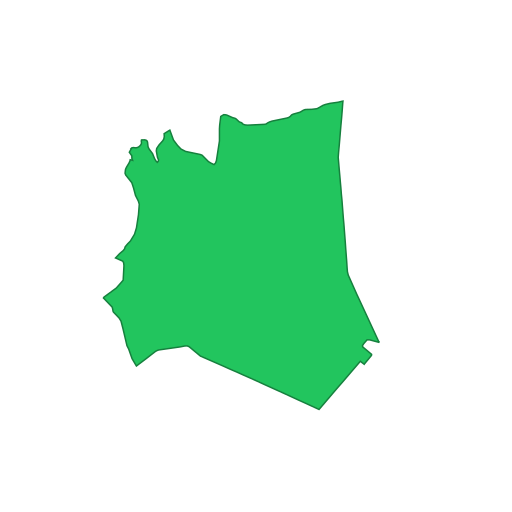 outline of Al-Anbar, rotated 234°
{"feature_id": "IRQ-3471", "entity_name": "Al-Anbar", "entity_type": "Province", "adm_level": 1, "iso_a3": "IRQ", "parent_name": "Iraq", "parent_adm1": "", "projection": "albers", "projection_center": [42.195, 32.855], "detail": "fine", "context": "isolated", "style": "filled", "palette": "green", "viewbox_px": 512, "rotation_deg": 234, "n_neighbors": 0, "source": "natural_earth", "source_scale": "10m", "svg_char_len": 2875}
<svg xmlns="http://www.w3.org/2000/svg" viewBox="0 0 512 512"><g transform="rotate(234 256 256)"><path d="M166.1,315.1L161.4,314.2L149.7,311.9L138.0,309.6L126.4,307.3L114.7,305.0L114.4,305.1L114.2,305.1L114.0,304.6L121.3,298.7L122.9,296.6L121.8,291.8L121.0,289.6L119.8,288.9L108.5,291.7L107.9,291.3L107.5,290.3L104.9,280.1L104.8,279.9L109.5,278.5L106.0,263.8L103.5,253.4L101.2,243.4L99.4,235.9L97.2,226.8L94.8,216.8L101.4,213.1L108.0,209.4L114.5,205.7L121.1,202.0L127.7,198.3L134.2,194.6L140.7,190.9L147.2,187.2L153.8,183.5L160.3,179.8L166.8,176.0L173.3,172.3L177.5,169.8L179.7,168.5L186.2,164.8L192.7,161.0L199.2,157.2L207.7,152.2L221.9,148.6L223.7,147.5L225.0,145.6L227.1,141.1L237.2,122.0L237.7,120.2L237.9,118.4L237.5,106.2L237.3,94.6L238.5,94.7L245.8,95.4L255.5,98.3L259.3,98.9L275.0,105.5L282.6,108.5L286.3,108.8L294.4,107.7L295.4,107.9L297.4,108.9L299.2,109.6L311.7,107.9L312.1,108.9L312.2,124.2L314.5,134.3L325.8,143.5L328.3,144.9L330.1,145.2L337.0,141.2L338.1,147.1L338.4,151.5L338.9,153.6L340.4,155.7L341.3,159.4L341.9,163.1L345.0,170.5L349.0,175.8L358.4,185.1L366.5,192.0L369.6,193.1L375.8,194.1L383.0,196.9L388.3,198.6L398.1,198.2L399.9,198.7L401.9,200.5L402.9,201.5L404.0,203.5L405.9,208.0L407.2,210.2L407.8,210.8L405.9,212.4L408.0,213.0L410.0,214.4L414.4,214.5L416.2,218.4L416.4,218.3L416.4,218.6L416.5,219.0L415.9,220.4L414.1,222.4L413.5,223.8L413.2,225.1L413.3,226.6L413.6,228.0L414.2,229.2L414.9,229.9L416.5,230.8L417.2,231.6L415.5,234.1L414.4,235.1L413.2,235.5L411.9,235.2L408.1,233.0L406.7,232.6L405.2,232.4L399.7,232.5L394.5,231.2L391.8,230.9L389.8,231.2L390.1,232.6L390.9,233.6L393.8,234.3L399.6,237.1L401.4,238.9L402.9,243.0L404.0,248.2L404.8,250.1L406.4,251.9L409.0,253.6L408.5,260.3L398.3,257.4L391.6,257.5L386.6,258.2L382.0,260.5L371.1,270.4L369.5,271.5L368.9,271.7L367.6,271.9L360.4,273.0L357.7,274.1L354.6,275.8L355.0,277.9L356.4,280.0L370.5,294.0L380.4,301.2L383.3,303.6L389.6,309.5L389.5,310.9L389.3,313.0L388.2,314.3L387.2,315.2L381.7,318.4L380.2,319.6L379.5,320.1L378.5,320.5L374.7,321.2L374.0,321.5L372.3,322.7L371.8,322.8L370.6,322.9L369.6,323.4L368.5,324.2L366.8,326.1L357.7,340.0L356.9,341.5L356.8,343.8L356.5,345.7L355.7,348.3L349.5,362.0L348.9,363.7L348.8,364.9L348.8,365.9L348.9,366.5L349.1,366.9L349.2,368.0L348.9,369.5L346.6,375.7L346.4,376.6L346.1,380.0L345.7,381.5L345.2,382.5L341.9,387.3L339.9,390.9L339.4,391.9L339.2,392.6L338.5,398.8L337.8,401.2L336.0,405.6L332.1,412.9L330.6,416.6L330.2,417.4L329.0,416.3L323.2,411.4L317.5,406.5L311.8,401.5L306.7,397.1L301.6,392.7L296.5,388.3L291.5,383.9L287.5,380.5L282.2,377.3L276.9,374.1L271.7,371.0L266.4,367.8L261.2,364.7L256.0,361.5L250.7,358.4L245.5,355.2L240.3,352.0L235.1,348.8L229.9,345.7L224.7,342.5L219.5,339.3L214.3,336.1L209.2,332.9L204.0,329.7L198.8,326.5L192.8,322.7L189.5,320.7L186.3,319.4L166.1,315.1L166.1,315.1Z" fill="#22c55e" stroke="#15803d" stroke-width="1.5"/></g></svg>